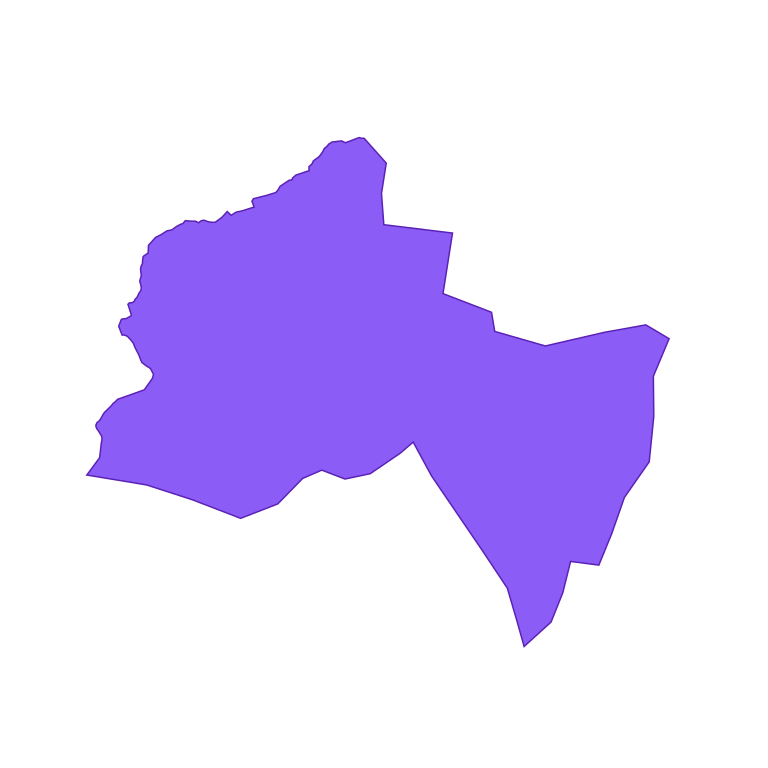 Ablekuma North Municipal, Greater Accra, Ghana, rotated 26°
{"feature_id": "2480657B23952932171735", "entity_name": "Ablekuma North Municipal", "entity_type": "district", "adm_level": 2, "iso_a3": "GHA", "parent_name": "Ghana", "parent_adm1": "Greater Accra", "projection": "orthographic", "projection_center": [-0.267, 5.581], "detail": "fine", "context": "isolated", "style": "filled", "palette": "violet", "viewbox_px": 768, "rotation_deg": 26, "n_neighbors": 0, "source": "geoboundaries", "source_scale": "gbopen_adm2", "svg_char_len": 1994}
<svg xmlns="http://www.w3.org/2000/svg" viewBox="0 0 768 768"><g transform="rotate(26 384 384)"><path d="M255.9,173.0L253.6,173.4L246.0,181.5L243.5,184.1L239.3,184.1L231.2,189.3L229.1,192.8L228.6,195.3L227.1,198.5L227.1,202.0L226.1,207.8L222.7,214.4L222.8,217.7L221.3,221.6L223.1,225.1L213.2,234.9L211.5,239.0L211.7,241.0L209.4,242.5L203.9,251.9L203.7,255.8L202.8,259.4L199.0,262.9L195.5,266.2L185.4,274.7L185.2,277.6L189.7,281.9L180.3,290.8L175.8,294.3L172.6,299.4L167.5,297.7L165.2,305.4L161.4,312.6L158.6,314.0L155.2,315.2L150.4,315.7L148.2,317.3L146.7,320.3L143.2,320.3L138.7,322.4L133.8,324.3L132.9,328.0L131.3,329.5L128.6,333.1L125.7,338.5L121.8,341.5L118.2,347.4L114.4,352.5L111.5,362.5L114.6,369.8L112.1,373.9L111.7,375.2L113.3,380.0L114.1,381.4L114.1,385.3L114.7,386.2L114.7,387.3L118.4,393.1L119.1,397.3L119.3,398.2L119.6,399.0L121.9,401.4L123.7,404.0L124.5,406.4L124.0,409.3L124.0,411.9L124.0,414.5L123.5,416.0L123.1,417.2L123.4,418.9L122.1,421.2L119.5,422.8L118.9,424.6L126.8,432.8L126.7,433.7L123.4,438.5L122.5,438.8L120.2,440.4L119.6,441.1L120.2,448.4L127.2,454.9L128.7,453.9L132.4,453.6L137.7,455.7L140.9,457.3L144.0,460.2L150.9,465.4L155.0,469.2L156.1,470.1L157.2,470.9L162.3,471.9L167.4,472.5L172.5,476.3L173.4,480.2L171.1,494.3L151.3,514.5L150.0,518.4L149.1,520.0L148.3,523.5L145.2,532.1L144.9,533.9L144.6,540.0L144.2,541.5L143.8,543.1L143.0,544.2L143.0,546.9L143.7,548.5L145.9,550.4L146.8,550.7L153.0,554.6L154.3,556.4L155.0,558.0L155.7,560.7L160.7,574.9L156.8,596.1L214.9,578.8L262.2,572.1L314.0,567.6L341.1,538.3L352.3,504.5L365.8,488.7L390.6,486.5L410.9,470.7L428.9,439.1L435.7,423.4L467.2,445.9L546.1,491.0L584.4,513.5L607.0,538.3L625.0,558.5L638.5,524.7L636.2,493.2L629.5,461.7L656.5,452.6L654.3,418.8L649.8,380.5L656.5,337.7L640.7,294.9L622.7,258.9L620.4,218.3L593.4,216.1L559.6,240.8L512.3,279.1L460.5,288.2L449.2,272.4L397.4,276.9L379.4,218.3L314.0,240.9L298.2,213.8L289.2,184.5L258.5,171.9L255.9,173.0Z" fill="#8b5cf6" stroke="#5b21b6" stroke-width="1.5"/></g></svg>